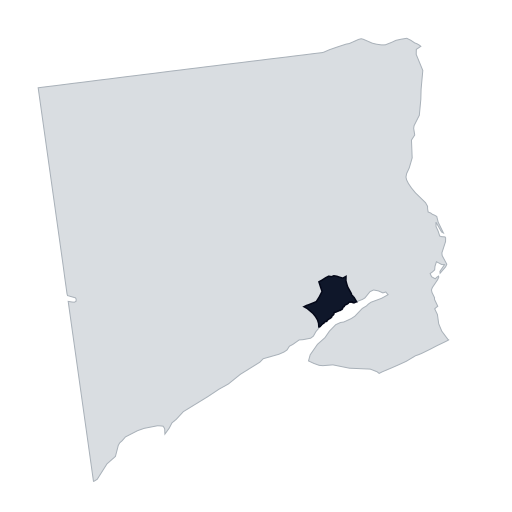 location of Ras Gharib, Al Bahr al Ahmar, Egypt, rotated 82°
{"feature_id": "37247803B82534825994477", "entity_name": "Ras Gharib", "entity_type": "district", "adm_level": 2, "iso_a3": "EGY", "parent_name": "Egypt", "parent_adm1": "Al Bahr al Ahmar", "projection": "natural_earth1", "projection_center": [32.75, 28.506], "detail": "fine", "context": "in_parent", "style": "filled", "palette": "ink", "viewbox_px": 512, "rotation_deg": 82, "n_neighbors": 0, "source": "geoboundaries", "source_scale": "gbopen_adm2", "svg_char_len": 5656}
<svg xmlns="http://www.w3.org/2000/svg" viewBox="0 0 512 512"><g transform="rotate(82 256 256)"><path d="M456.5,448.3L445.5,448.3L434.5,448.3L423.6,448.3L412.6,448.3L401.6,448.3L390.7,448.3L379.7,448.3L368.7,448.3L357.8,448.3L346.8,448.3L335.9,448.3L324.9,448.3L313.9,448.3L303.0,448.3L292.0,448.3L281.0,448.3L274.8,448.3L275.9,444.8L276.5,442.3L275.8,440.5L273.7,440.1L272.3,440.6L269.0,448.1L267.3,448.4L263.4,448.4L250.6,448.4L237.8,448.3L225.1,448.3L212.3,448.3L199.5,448.3L186.8,448.3L174.0,448.3L161.2,448.3L148.5,448.3L135.7,448.3L122.9,448.3L110.2,448.3L97.4,448.3L84.6,448.3L71.9,448.3L59.1,448.3L59.2,439.4L59.4,430.4L59.5,421.5L59.6,412.6L59.8,403.6L59.9,394.7L60.0,385.8L60.2,376.8L60.3,367.9L60.4,359.0L60.6,350.0L60.7,341.1L60.9,332.1L61.0,323.2L61.1,314.2L61.3,305.3L61.4,296.4L61.6,287.4L61.7,278.5L61.9,269.5L62.0,260.6L62.2,251.6L62.4,242.7L62.5,233.7L62.7,224.8L62.8,215.8L63.0,206.9L63.2,198.0L63.3,189.0L63.5,180.1L63.6,171.1L63.8,162.2L63.6,160.5L61.9,154.4L60.4,146.7L58.7,137.2L58.6,134.1L55.8,124.3L55.5,121.6L56.3,119.6L61.4,111.3L63.0,107.3L64.4,102.5L64.9,98.6L63.5,92.7L61.9,87.3L61.5,81.8L61.4,76.4L63.9,72.7L67.0,69.3L68.2,67.1L70.0,64.8L71.3,63.6L73.7,68.5L78.7,69.3L95.5,65.0L113.8,69.3L123.9,71.0L139.4,74.7L148.9,81.3L151.5,82.1L158.3,82.0L162.8,85.9L180.6,87.7L190.1,92.0L195.4,95.4L198.7,96.5L201.5,96.3L205.4,95.0L210.3,92.6L215.7,89.3L226.8,80.7L230.7,79.2L233.2,79.5L236.4,79.4L237.7,77.1L239.3,75.5L240.3,73.7L242.0,71.5L247.8,70.9L259.3,67.2L258.0,68.9L247.5,73.1L252.0,73.6L256.6,72.2L261.8,71.3L262.7,69.5L263.4,66.2L264.5,65.7L268.1,66.3L278.8,71.5L281.5,71.6L289.1,68.8L290.7,68.2L293.1,69.7L298.7,76.1L296.8,76.0L290.8,70.5L290.3,73.3L286.8,78.1L291.1,80.2L294.6,81.0L296.4,83.6L297.6,86.0L301.0,85.0L303.5,81.7L302.2,79.9L301.3,78.0L302.5,78.0L304.8,79.5L311.7,85.7L314.0,87.0L316.6,86.8L322.2,85.0L323.7,85.3L331.1,83.0L332.0,84.7L333.2,86.4L339.2,84.5L348.6,84.5L356.3,82.5L365.2,77.6L365.9,76.9L366.4,78.1L367.5,81.4L370.2,89.9L372.6,96.6L375.6,105.8L376.5,109.4L376.9,111.8L381.2,121.9L383.7,130.3L385.6,137.1L388.2,146.9L389.4,150.4L387.5,152.2L383.9,158.6L380.1,179.1L374.5,195.0L373.9,205.0L373.1,208.6L370.4,213.7L367.2,218.6L361.4,216.1L352.0,207.4L346.5,199.1L340.6,193.7L335.1,186.6L333.6,181.5L333.6,178.3L331.2,170.3L329.4,166.5L322.7,158.0L320.8,153.5L319.3,151.5L317.8,148.6L315.4,137.6L312.7,130.6L309.7,132.5L310.2,135.5L307.6,139.6L306.0,144.3L307.2,148.1L312.7,154.0L313.8,156.6L315.1,162.2L314.9,169.7L315.8,172.3L319.9,177.9L321.4,181.3L322.2,184.1L323.6,186.7L327.7,191.6L333.6,201.0L339.2,207.2L343.3,210.3L345.0,213.3L345.4,221.2L345.1,224.9L348.7,231.9L350.0,235.5L353.4,238.4L355.0,241.7L356.5,247.1L358.7,263.1L361.7,267.0L371.0,288.0L378.9,301.2L382.7,311.1L388.5,323.2L400.0,349.6L406.7,357.8L409.5,362.4L414.4,365.9L419.7,371.0L414.6,370.5L413.4,370.8L411.6,371.7L410.8,374.8L410.4,377.3L411.1,390.8L412.5,397.6L417.0,410.5L420.4,414.4L422.0,416.9L424.3,418.7L434.9,423.1L441.1,432.5L455.0,444.3L456.4,447.5L456.5,448.3Z" fill="#d9dde1" stroke="#a8b0b8" stroke-width="1"/><path d="M288.7,169.7L290.0,173.1L288.7,176.0L287.6,178.2L287.4,178.5L286.6,181.0L286.4,181.7L287.0,184.1L286.1,186.8L287.2,190.0L289.1,194.1L290.3,197.3L296.2,196.3L300.3,195.5L305.4,199.1L309.6,202.7L310.0,204.4L310.1,204.6L311.6,210.7L312.0,212.9L312.4,214.0L312.7,215.0L312.8,215.1L312.9,215.5L315.1,212.6L320.7,207.6L324.2,205.5L327.8,204.0L331.3,203.4L335.7,203.7L335.3,203.7L335.0,203.6L334.8,203.4L334.9,203.2L334.9,202.9L334.9,202.7L334.8,202.4L334.4,201.9L334.1,201.7L333.9,201.3L333.6,200.9L333.4,200.8L333.2,200.7L332.9,200.1L332.7,199.9L332.5,199.7L332.3,199.4L332.3,199.2L332.2,198.9L332.1,198.7L332.1,198.4L331.9,198.1L331.7,198.1L331.4,198.0L331.2,197.7L331.0,197.3L331.0,197.2L330.7,196.7L330.6,196.4L330.6,196.0L330.6,195.6L330.6,195.4L330.6,195.1L330.4,194.9L330.2,194.8L330.0,194.6L329.8,194.6L329.7,194.5L329.7,194.4L329.5,194.2L329.4,194.0L329.2,193.7L328.9,193.3L328.8,193.0L328.7,192.8L328.5,192.5L328.4,192.1L328.3,191.7L328.1,191.3L327.9,191.0L327.7,190.6L327.6,190.4L327.4,190.4L327.1,190.1L327.1,189.8L327.1,189.7L326.7,189.6L326.4,189.5L326.2,189.3L325.9,188.8L325.7,188.5L325.6,188.4L325.2,187.9L325.0,187.5L324.7,187.2L324.3,187.0L324.0,186.9L323.7,186.8L323.4,186.8L323.1,186.6L322.8,186.5L322.7,186.4L322.6,186.2L322.7,185.9L322.7,185.7L322.7,185.4L322.7,185.1L322.7,184.8L322.6,184.6L322.5,184.4L322.5,184.2L322.4,184.0L322.4,183.7L322.3,183.4L322.2,183.2L322.1,182.9L321.9,182.6L321.9,182.2L322.0,182.0L321.9,181.6L321.8,181.4L321.6,181.1L321.5,180.8L321.5,180.5L321.5,180.3L321.6,180.0L321.5,179.9L321.4,179.8L321.3,179.6L321.2,179.4L321.1,179.1L321.0,178.6L320.8,178.3L320.6,178.0L320.4,177.8L319.9,177.5L319.2,177.3L319.0,177.2L318.9,177.1L318.7,176.8L318.6,176.5L318.5,176.1L318.3,175.8L318.0,175.5L317.8,175.4L317.5,175.3L317.3,175.1L317.1,174.9L317.0,174.7L316.8,174.4L316.7,174.1L316.7,173.8L316.6,173.5L316.5,173.1L316.4,172.7L316.2,172.2L316.0,171.8L315.6,171.2L315.3,170.9L314.9,170.5L314.8,170.2L314.7,169.9L314.7,169.6L314.7,169.3L314.7,169.1L314.8,168.9L314.9,168.7L314.8,168.4L315.0,168.2L315.0,167.9L314.9,167.7L314.7,167.4L314.7,167.1L314.9,167.0L315.0,166.9L315.2,166.6L315.3,166.5L315.4,166.8L315.5,166.8L315.5,166.7L315.6,166.4L315.7,166.2L315.9,166.0L316.0,165.8L316.0,165.6L316.0,165.3L316.0,165.1L315.9,164.7L315.7,164.5L315.6,164.0L315.5,163.9L315.5,163.6L315.5,163.4L315.4,162.9L315.4,162.7L310.8,164.6L310.2,165.0L309.8,165.5L308.9,165.8L308.7,166.0L308.5,166.3L308.0,166.6L307.7,166.7L307.6,166.8L306.5,166.8L304.9,167.4L303.1,168.1L299.4,169.5L296.5,170.0L292.9,170.4L288.7,169.7Z" fill="#0f172a" stroke="#020617" stroke-width="1.5"/></g></svg>